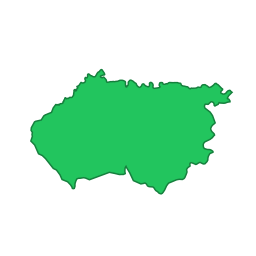 Centurión, Cerro Largo, Uruguay, rotated 296°
{"feature_id": "84410073B80643779971885", "entity_name": "Centurión", "entity_type": "district", "adm_level": 2, "iso_a3": "URY", "parent_name": "Uruguay", "parent_adm1": "Cerro Largo", "projection": "orthographic", "projection_center": [-53.755, -32.187], "detail": "fine", "context": "isolated", "style": "filled", "palette": "green", "viewbox_px": 256, "rotation_deg": 296, "n_neighbors": 0, "source": "geoboundaries", "source_scale": "gbopen_adm2", "svg_char_len": 5862}
<svg xmlns="http://www.w3.org/2000/svg" viewBox="0 0 256 256"><g transform="rotate(296 128 128)"><path d="M205.7,205.9L205.9,204.8L206.0,204.4L206.4,203.7L206.5,203.4L206.4,202.9L206.2,202.5L205.1,201.5L203.5,200.9L202.2,200.7L200.9,199.8L200.4,199.1L200.1,198.4L200.1,197.9L200.2,196.2L200.3,196.0L200.9,195.6L201.4,195.5L201.9,195.6L203.8,196.2L204.2,196.1L204.5,195.9L204.7,194.7L206.3,190.2L206.4,189.3L206.4,188.7L206.6,187.9L206.7,187.7L206.4,187.1L206.1,186.7L205.5,186.5L203.9,186.0L202.1,185.1L200.8,184.2L200.0,183.2L200.0,182.7L200.3,181.7L200.5,181.0L200.6,179.1L200.7,178.6L200.7,178.3L200.1,177.1L199.7,176.5L199.3,176.0L198.7,175.8L198.0,175.6L196.8,175.7L196.4,175.5L195.9,174.6L195.7,173.7L195.4,173.0L195.0,172.6L194.4,172.3L193.9,171.9L193.5,171.3L193.0,170.5L192.5,169.5L191.9,168.4L191.7,167.6L191.1,167.0L190.6,166.8L190.4,166.2L190.7,164.7L191.1,163.8L191.0,163.1L190.7,162.2L190.3,160.2L190.0,159.5L189.8,158.4L189.8,157.6L190.1,157.0L190.7,156.4L191.2,155.7L191.1,155.2L190.7,154.3L190.5,153.3L190.5,152.6L189.6,150.7L188.4,148.5L187.2,145.6L186.8,145.1L186.2,144.6L185.7,144.4L185.1,144.1L184.8,143.4L184.2,142.6L183.6,142.2L183.1,141.2L182.9,140.6L183.0,140.1L183.8,139.2L183.7,138.5L183.3,137.7L182.9,137.1L182.6,136.9L182.3,136.8L180.9,137.0L180.1,137.3L179.7,137.8L179.1,138.7L178.8,138.7L178.5,138.7L178.2,138.5L177.8,138.1L177.1,137.2L175.3,134.5L175.1,134.0L175.1,133.2L175.5,132.6L176.3,132.2L177.1,132.0L177.9,131.5L178.4,131.0L178.8,130.3L179.0,129.7L179.1,129.0L179.0,128.5L178.7,128.1L177.9,127.7L177.3,127.8L176.9,128.1L176.3,128.4L175.5,128.7L174.6,128.7L173.9,128.2L173.7,127.3L173.6,125.4L173.8,124.6L174.0,123.8L174.4,123.1L174.5,122.8L174.4,122.6L174.2,122.2L173.8,121.8L173.5,121.6L173.1,121.6L172.3,121.6L171.5,121.6L170.9,121.4L170.2,121.1L169.7,120.8L169.5,120.4L169.5,120.1L169.5,119.3L169.8,118.2L170.2,117.3L170.5,116.9L171.0,116.4L171.4,115.9L171.6,115.4L171.7,114.0L172.2,112.4L172.3,111.3L172.3,109.7L172.2,109.4L171.7,108.8L171.4,108.7L169.7,108.2L169.2,108.2L168.3,108.7L167.5,109.0L166.9,109.2L166.2,109.2L165.7,109.0L165.5,108.7L165.0,108.7L164.5,108.9L164.3,108.7L164.2,108.3L164.2,108.0L164.4,107.7L165.9,106.7L166.8,106.2L168.1,105.6L168.4,105.3L168.6,104.8L168.6,103.3L168.5,102.5L168.3,101.8L168.0,101.1L167.6,100.3L167.1,99.6L166.2,98.9L165.3,98.0L164.6,96.7L163.8,95.7L163.5,95.1L163.3,94.2L162.7,93.5L162.0,92.0L160.3,89.9L160.1,89.4L160.0,88.8L160.2,88.5L161.6,87.4L162.0,86.7L163.1,83.9L163.0,83.7L162.5,83.2L161.9,82.9L161.8,82.5L161.7,81.9L161.8,81.0L162.0,80.7L162.3,80.6L162.7,80.6L164.5,82.2L165.4,83.5L165.7,83.6L166.1,83.5L167.2,82.2L167.9,80.9L168.9,79.2L168.8,78.4L168.6,78.2L167.6,77.8L165.9,77.4L165.4,76.9L165.1,76.7L164.1,76.4L163.2,76.3L160.9,76.2L160.0,76.0L159.7,75.9L159.3,75.4L158.9,74.6L158.8,73.4L159.0,72.5L158.7,71.5L159.3,69.6L159.3,69.2L159.2,68.7L158.8,68.4L158.4,68.3L157.7,68.5L157.1,69.0L156.5,69.1L155.5,69.1L155.2,69.1L154.8,68.5L154.7,68.0L154.8,67.7L154.7,67.6L154.1,67.5L153.5,67.6L153.0,67.9L152.4,68.6L152.1,69.0L151.1,69.2L150.4,69.2L149.5,68.7L148.7,67.8L148.4,66.9L148.5,66.3L148.3,65.8L146.6,65.5L145.6,65.4L144.7,65.2L143.6,64.5L143.2,64.3L143.0,64.0L142.7,64.0L142.5,64.3L142.5,65.0L142.2,65.2L141.6,65.2L140.7,65.0L140.5,64.8L140.2,64.6L139.7,64.6L139.6,64.9L139.3,65.2L138.8,65.1L138.5,64.8L138.3,64.5L138.4,64.2L138.9,63.6L139.0,63.6L139.2,63.4L139.1,63.2L138.2,62.9L137.9,63.1L137.5,63.3L137.1,63.5L134.5,64.3L133.5,64.7L131.9,64.4L131.1,64.3L130.7,63.9L130.4,63.3L130.3,62.8L129.9,62.2L129.6,61.9L128.9,61.7L128.4,61.5L128.2,61.0L128.2,60.8L127.9,60.4L127.4,60.1L127.4,59.5L127.6,59.2L127.8,58.7L127.4,58.2L126.9,58.2L126.4,58.4L125.8,58.4L125.3,58.4L125.0,58.2L124.5,58.3L123.8,58.5L123.7,58.3L123.3,58.2L122.9,58.2L122.8,58.4L122.4,58.5L121.6,58.4L121.0,57.9L120.1,56.4L119.4,56.2L118.7,56.1L118.7,55.9L118.8,55.7L118.7,55.3L118.2,55.3L118.0,55.0L118.0,54.8L118.2,54.6L117.4,53.6L117.6,53.3L117.4,52.8L113.3,52.0L108.5,52.4L103.5,47.9L101.9,47.0L97.1,46.5L93.5,42.0L92.4,41.3L85.9,41.0L83.4,41.9L82.1,44.0L80.0,44.6L78.6,45.7L73.7,46.4L71.8,51.6L65.6,58.9L65.7,63.0L64.3,67.4L58.9,78.6L58.9,82.1L56.1,87.4L52.8,91.3L53.2,97.3L51.7,101.3L50.2,103.7L49.3,104.5L49.5,105.5L50.2,106.2L52.3,105.9L54.6,104.8L57.1,104.4L58.7,104.3L59.9,104.4L61.0,105.4L62.0,107.2L63.9,109.9L64.4,111.8L64.6,116.0L80.0,130.7L81.4,136.1L82.4,140.6L84.3,144.3L85.8,145.5L87.5,144.3L89.4,143.4L91.1,142.9L92.3,142.9L92.7,143.0L92.0,143.8L88.5,149.2L83.1,155.9L83.4,164.1L85.1,166.4L86.0,167.3L85.8,169.0L84.5,170.9L84.5,172.5L85.2,174.4L85.9,176.0L85.7,177.4L84.8,178.8L84.0,180.3L83.7,182.6L83.2,183.9L83.0,184.7L83.3,186.6L84.3,187.4L85.9,187.8L88.4,188.1L93.0,188.0L96.2,188.6L102.8,194.4L104.4,196.6L105.6,199.5L106.9,200.4L107.8,200.7L108.6,200.8L112.0,200.6L113.9,200.4L114.8,200.0L115.4,199.5L116.3,198.9L117.5,198.9L118.7,199.2L119.6,199.6L120.7,200.4L121.7,200.1L122.6,199.4L123.8,199.3L124.5,199.9L124.8,201.4L124.9,203.5L125.0,205.0L125.8,205.7L127.5,206.7L128.7,207.8L128.7,209.6L128.7,211.4L129.5,212.8L132.2,213.7L134.1,213.8L136.2,212.9L138.2,212.6L139.9,212.7L140.9,212.8L142.4,214.1L143.4,215.0L144.2,214.6L144.6,212.7L144.5,211.1L143.4,208.5L143.0,205.6L144.0,204.1L146.2,202.8L148.2,202.8L149.4,203.3L153.7,206.7L156.2,208.0L158.5,208.5L159.6,208.9L160.6,207.8L161.6,204.8L162.9,203.1L163.9,202.5L166.0,202.4L167.8,202.8L169.7,203.7L170.8,204.1L176.2,198.5L178.3,194.8L178.9,191.8L179.6,188.5L180.3,187.7L181.1,187.2L182.2,186.9L183.2,187.0L183.4,187.3L183.9,188.3L184.1,189.0L184.5,189.7L185.5,190.1L186.8,190.6L187.7,191.0L188.2,191.5L188.4,192.7L188.3,193.4L187.9,194.3L187.2,194.9L186.1,195.6L185.9,196.5L187.1,197.3L188.7,198.6L190.8,198.8L190.8,199.7L192.3,203.3L193.1,204.5L194.9,206.2L195.7,207.4L196.3,208.2L197.1,207.7L198.1,206.0L198.0,204.5L198.8,204.2L201.1,204.3L205.7,205.9Z" fill="#22c55e" stroke="#15803d" stroke-width="1.5"/></g></svg>